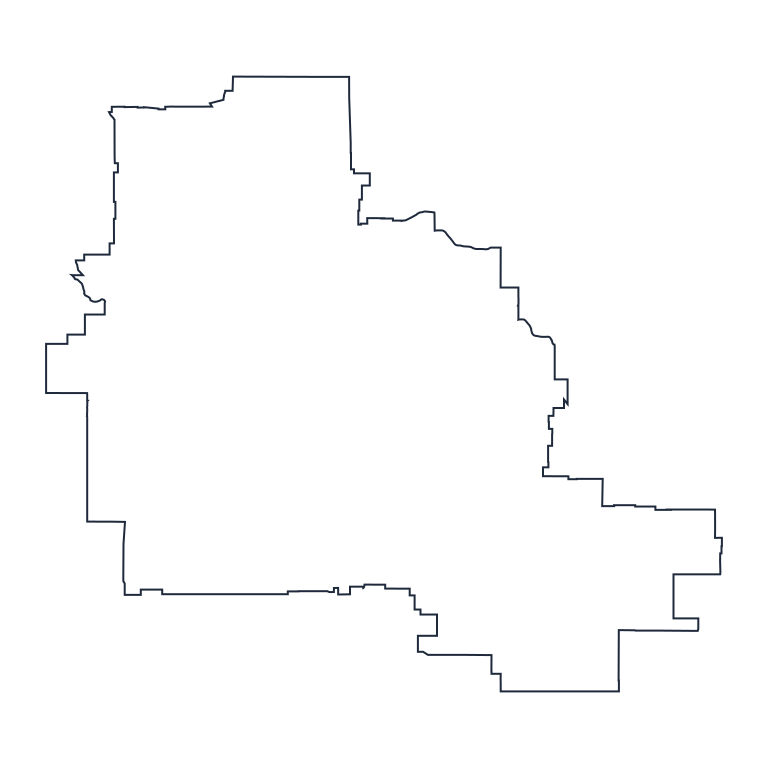 outline of Bridgetown-Greenbushes, Western Australia, Australia
{"feature_id": "25037944B12129239120455", "entity_name": "Bridgetown-Greenbushes", "entity_type": "district", "adm_level": 2, "iso_a3": "AUS", "parent_name": "Australia", "parent_adm1": "Western Australia", "projection": "mercator", "projection_center": [116.17, -33.991], "detail": "fine", "context": "isolated", "style": "outline", "palette": "slate", "viewbox_px": 768, "rotation_deg": 0, "n_neighbors": 0, "source": "geoboundaries", "source_scale": "gbopen_adm2", "svg_char_len": 5808}
<svg xmlns="http://www.w3.org/2000/svg" viewBox="0 0 768 768"><path d="M349.1,76.9L328.1,76.9L233.0,76.6L232.6,90.8L225.2,90.8L225.3,91.6L225.2,92.0L224.8,92.9L224.5,93.3L224.4,94.1L224.1,95.0L223.9,95.5L224.0,95.9L224.0,96.5L223.8,96.8L223.5,98.5L223.5,99.4L223.5,99.8L209.9,103.3L212.0,106.6L193.8,106.7L180.9,106.7L170.5,106.6L165.2,106.8L165.3,109.3L158.5,109.3L158.5,108.6L144.3,107.2L144.4,107.5L137.6,107.6L137.6,106.9L124.5,107.1L124.5,106.7L111.8,106.8L111.8,112.0L109.0,112.1L110.3,114.6L110.8,115.4L112.6,117.2L113.0,117.7L113.5,118.3L114.3,119.6L114.5,119.7L114.6,156.5L114.8,163.2L117.9,163.2L117.9,172.4L113.9,172.4L113.9,201.9L115.4,201.9L115.4,218.8L113.9,218.8L114.0,243.4L109.6,243.4L109.6,254.6L84.2,254.6L84.2,260.4L75.8,260.4L76.0,262.4L77.2,265.0L78.1,270.0L81.7,273.9L82.9,275.2L72.9,275.2L71.9,275.1L72.6,275.7L73.3,276.6L73.7,277.0L74.1,277.4L74.2,277.7L74.5,278.0L74.8,278.8L75.0,278.9L75.1,279.0L75.3,279.2L75.5,279.3L76.5,279.3L76.8,279.4L77.2,279.5L77.6,279.7L77.8,279.9L78.2,280.3L79.5,281.5L80.6,282.5L81.6,283.4L81.8,283.7L82.1,284.3L82.7,286.0L83.2,287.8L83.5,289.2L84.0,290.6L84.2,291.0L84.3,291.2L84.3,291.6L84.3,292.4L84.3,292.9L84.1,293.3L84.3,293.6L84.6,294.5L85.2,295.2L85.7,295.6L86.6,296.0L87.6,296.5L89.0,297.4L89.7,298.0L90.0,298.4L90.1,298.7L90.4,299.8L90.4,300.1L90.5,300.3L91.1,300.6L91.9,301.0L93.1,301.5L94.6,301.7L95.2,301.8L96.2,301.7L97.4,301.5L97.9,301.3L98.4,301.1L99.4,300.8L99.9,300.5L100.4,300.1L101.2,299.5L101.5,299.3L102.3,299.3L103.0,299.5L104.0,299.9L104.6,300.6L105.1,301.4L104.7,302.9L104.7,314.5L84.9,314.5L84.9,334.6L67.4,334.6L67.4,343.9L46.1,343.9L46.1,393.0L87.1,393.1L87.2,394.7L87.2,400.9L87.4,400.9L87.2,401.1L87.2,401.3L87.3,401.9L87.3,402.3L87.4,402.6L87.4,402.8L87.3,403.3L87.3,403.6L87.2,404.2L87.2,404.3L87.2,404.6L87.3,405.2L87.3,405.4L87.3,405.6L87.3,405.8L87.3,406.0L87.2,406.4L87.1,406.6L87.1,406.9L87.1,407.5L87.1,407.8L87.1,408.0L87.2,408.3L87.2,408.5L87.2,409.6L87.2,410.0L87.2,411.2L87.2,411.8L87.2,412.2L87.1,412.7L87.0,412.9L87.1,413.8L87.1,414.1L87.1,414.5L87.1,415.0L87.1,415.4L87.0,415.8L87.0,416.1L86.9,416.2L86.9,416.4L87.1,416.6L87.2,416.8L87.2,521.6L113.5,521.7L125.0,521.9L123.5,543.9L123.3,579.0L123.4,581.4L123.4,581.5L123.8,581.9L123.9,582.1L124.1,582.4L124.2,582.6L124.3,582.8L124.6,583.3L124.7,583.5L124.7,583.8L124.7,594.9L140.8,594.9L140.8,589.6L162.2,589.6L162.2,594.2L265.6,594.2L278.9,594.2L286.0,594.2L287.8,594.2L287.8,591.4L298.4,591.4L298.4,591.2L327.3,591.2L329.5,592.1L333.9,592.0L333.9,588.0L338.1,587.9L338.2,594.5L350.0,594.3L350.0,586.7L362.9,586.7L363.3,587.8L363.3,588.0L363.5,587.9L364.2,586.6L364.5,584.6L385.2,584.7L385.2,588.6L395.4,588.6L395.7,588.7L409.7,588.7L409.7,595.4L414.6,595.4L414.6,609.5L420.5,609.5L420.5,614.5L437.0,614.5L437.0,635.8L417.9,635.8L417.9,651.8L423.1,651.8L428.0,654.9L467.6,654.9L491.5,655.1L491.4,670.9L491.5,670.9L491.5,673.8L500.7,673.8L500.6,680.1L500.7,681.5L500.7,691.4L618.9,691.4L618.9,680.5L618.6,680.5L618.8,630.1L635.5,630.3L635.0,630.5L634.7,630.6L659.4,630.6L697.7,630.9L698.3,628.9L698.3,618.4L673.5,618.4L673.5,574.3L720.2,574.3L720.4,572.1L720.1,561.3L720.2,553.4L721.5,553.4L721.5,546.2L721.9,546.2L721.9,537.8L718.5,537.8L716.8,537.9L715.0,537.9L715.1,530.0L715.1,519.6L715.0,519.1L715.1,517.5L715.0,509.6L701.8,509.5L668.5,509.5L669.1,509.9L655.4,509.9L655.4,506.5L635.2,506.5L635.2,505.2L614.0,505.2L614.1,506.1L602.2,506.1L602.7,478.9L576.8,478.9L576.8,479.2L568.4,479.2L568.4,476.3L543.0,476.2L543.0,467.3L548.4,467.3L548.4,462.2L548.1,462.1L548.1,445.8L552.1,445.8L552.1,433.9L552.3,433.6L552.3,428.9L548.9,428.9L548.9,422.0L548.6,421.9L548.6,415.9L553.4,415.9L553.5,410.6L553.5,408.0L564.0,408.0L564.0,399.5L567.6,404.1L567.6,379.4L554.7,379.4L554.7,345.9L554.5,344.6L553.9,344.6L553.4,344.3L553.0,343.8L552.5,343.2L552.5,342.6L552.2,342.0L552.1,341.2L551.7,340.5L551.6,340.4L551.6,339.9L551.4,339.7L551.2,339.6L551.0,339.1L550.7,338.6L550.4,338.1L549.9,337.5L549.5,337.2L548.8,336.9L548.0,336.7L547.8,336.8L546.5,336.8L544.3,336.9L543.1,336.9L542.0,336.8L540.5,336.7L538.0,336.2L535.4,335.8L534.3,335.5L533.5,335.0L532.9,334.3L532.2,333.4L532.0,332.7L531.7,331.8L531.3,330.3L531.1,329.1L531.1,328.6L529.7,325.6L528.3,324.0L527.8,323.4L526.5,321.8L525.1,320.3L524.6,319.9L524.3,319.7L524.0,319.6L522.9,319.4L520.6,319.4L519.3,319.5L518.3,319.7L518.4,319.2L518.4,305.5L518.0,305.5L518.4,304.3L518.5,304.0L518.5,299.6L518.5,298.1L518.4,297.6L518.4,287.5L500.6,287.5L500.7,247.6L491.1,247.6L490.7,247.6L490.1,247.9L489.0,248.5L488.3,248.9L487.4,249.1L486.6,249.2L486.0,249.3L485.6,249.3L483.4,249.1L481.5,249.0L479.5,249.0L478.4,249.0L476.6,249.0L475.8,249.0L475.0,248.7L474.0,248.5L472.9,248.0L471.2,247.1L470.2,246.9L469.6,246.7L468.4,246.7L466.7,246.5L464.8,246.4L464.5,246.4L464.1,246.4L463.0,246.2L462.3,246.0L460.8,245.6L459.9,245.5L457.8,245.4L456.9,245.3L456.1,245.0L455.5,244.7L455.1,244.4L454.6,243.9L450.6,238.6L450.0,237.9L448.8,236.7L448.5,236.3L447.7,235.3L446.9,234.3L446.4,233.6L445.5,232.4L444.8,231.7L444.1,231.2L443.5,230.9L442.9,230.6L442.2,230.5L441.5,230.4L440.5,230.4L439.0,230.4L437.5,230.4L436.1,230.5L435.3,230.6L434.7,230.7L434.5,214.8L434.4,212.5L433.2,212.3L432.6,212.2L430.9,212.0L425.6,211.5L425.1,211.5L424.7,211.5L424.1,211.6L423.1,211.9L422.0,212.2L420.6,212.4L419.9,212.5L419.2,212.8L418.6,213.1L418.0,213.3L417.5,213.7L416.6,214.5L416.0,214.9L414.9,215.5L410.9,217.7L408.3,219.0L406.5,219.9L405.7,220.3L404.9,220.4L403.4,220.6L402.4,220.7L401.7,220.9L401.7,220.6L392.9,220.6L392.9,218.5L382.7,218.5L383.0,218.2L367.2,218.1L367.3,223.7L360.9,223.7L360.9,224.6L358.3,224.6L358.3,210.6L359.3,210.6L359.3,199.6L361.9,199.6L361.9,185.5L369.8,185.5L369.8,173.3L354.0,173.3L354.0,169.3L351.0,169.3L351.0,152.9L350.7,152.9L350.7,142.7L349.2,98.0L349.1,76.9Z" fill="none" stroke="#1e293b" stroke-width="2"/></svg>